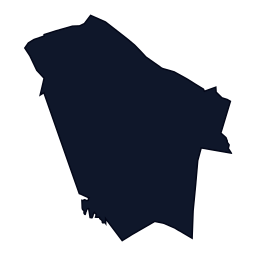 outline of Santa María Zoquitlán, Oaxaca, Mexico
{"feature_id": "50627088B87489634133290", "entity_name": "Santa María Zoquitlán", "entity_type": "district", "adm_level": 2, "iso_a3": "MEX", "parent_name": "Mexico", "parent_adm1": "Oaxaca", "projection": "robinson", "projection_center": [-96.386, 16.557], "detail": "fine", "context": "isolated", "style": "filled", "palette": "ink", "viewbox_px": 256, "rotation_deg": 0, "n_neighbors": 0, "source": "geoboundaries", "source_scale": "gbopen_adm2", "svg_char_len": 2313}
<svg xmlns="http://www.w3.org/2000/svg" viewBox="0 0 256 256"><path d="M90.6,15.4L84.4,23.6L79.6,25.9L74.0,26.1L72.3,26.2L67.8,27.5L56.1,30.8L48.6,33.2L44.1,34.6L44.0,36.1L34.0,39.5L28.4,42.9L24.8,48.0L29.9,55.8L36.8,70.3L44.1,78.2L43.0,83.1L40.2,95.0L43.9,92.7L53.0,118.7L72.2,173.5L79.3,193.6L80.4,194.0L80.8,194.1L84.0,195.6L88.9,197.8L88.7,198.0L88.5,198.3L88.5,198.7L88.4,199.0L88.4,199.3L88.3,199.6L88.3,199.9L88.3,200.2L88.2,200.4L87.7,200.6L87.3,200.6L86.8,200.5L86.3,200.5L85.9,200.4L85.7,200.2L85.4,200.1L85.0,199.8L84.7,199.7L84.3,199.9L83.8,200.0L83.4,200.3L83.2,200.5L82.8,200.5L81.9,200.3L82.0,202.4L82.2,208.1L82.4,208.8L82.6,209.1L82.6,209.5L82.9,209.7L83.0,209.9L83.3,210.1L83.7,210.4L83.9,210.6L84.0,211.0L84.1,211.4L84.0,211.6L84.0,212.0L84.0,212.3L84.0,212.7L84.0,212.9L84.1,213.1L84.2,213.6L84.8,214.3L85.1,214.4L85.3,214.2L85.5,213.6L85.6,212.9L85.7,212.4L86.0,211.7L86.2,211.3L86.3,210.8L86.6,210.0L86.8,209.6L87.1,209.1L87.5,208.7L88.0,208.6L88.3,208.5L88.7,208.7L90.1,217.5L91.9,217.8L92.4,217.1L92.6,216.5L92.8,216.1L92.9,215.5L93.1,215.0L93.2,214.2L93.4,213.7L93.6,213.3L93.7,213.0L94.0,212.7L94.3,212.4L94.4,212.6L94.7,212.9L95.0,213.2L95.2,213.5L95.4,213.8L95.7,213.9L95.9,214.0L96.2,214.2L96.3,214.4L96.3,214.7L96.2,215.1L96.1,215.3L95.8,216.0L95.5,217.2L99.5,217.3L99.6,217.6L99.7,217.9L99.7,218.2L99.8,218.5L100.1,218.8L100.3,219.1L100.7,219.3L101.1,219.7L101.4,219.8L101.6,220.0L101.8,220.3L102.0,220.7L102.2,221.0L102.3,221.4L102.3,222.2L102.4,222.4L102.7,222.8L103.4,222.8L103.7,222.8L104.0,222.4L104.3,222.5L104.5,222.6L104.8,222.8L105.2,222.9L105.5,223.2L105.7,223.5L105.6,218.6L122.2,240.6L122.5,240.4L128.7,236.6L132.0,234.5L154.7,221.4L162.8,223.0L163.1,223.1L163.9,223.3L174.8,228.0L178.2,230.1L178.7,230.4L179.9,231.0L192.1,238.2L193.1,210.8L195.6,185.0L197.7,160.8L197.7,160.7L200.4,150.7L201.2,147.9L217.9,150.8L231.2,153.1L231.1,152.8L228.4,148.6L228.3,148.3L229.1,145.0L229.1,144.9L227.3,142.3L227.2,140.8L226.7,139.6L226.0,137.7L220.8,133.0L222.0,129.2L230.4,101.3L227.2,99.5L222.1,97.9L221.5,97.6L221.5,97.4L216.1,92.1L215.8,87.2L204.4,91.3L203.4,89.1L195.5,84.3L187.4,79.2L174.2,71.9L169.5,70.5L162.7,68.6L161.1,67.8L159.7,66.7L145.9,57.0L141.0,51.7L134.5,45.0L128.3,39.8L123.5,36.0L105.5,22.0L90.6,15.4Z" fill="#0f172a" stroke="#020617" stroke-width="1.5"/></svg>